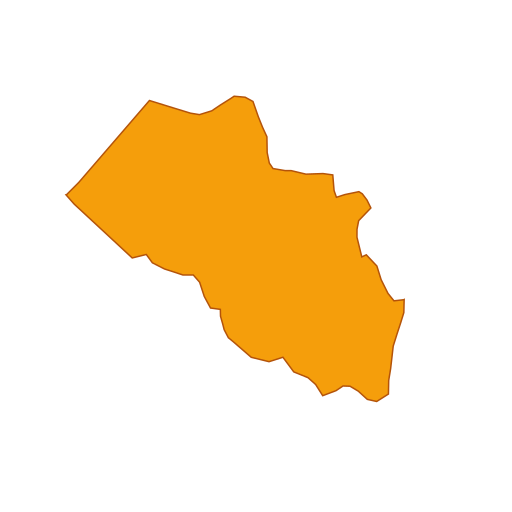 outline of Menogeia, Larnaca, Cyprus, rotated 326°
{"feature_id": "46923920B76142388843432", "entity_name": "Menogeia", "entity_type": "district", "adm_level": 2, "iso_a3": "CYP", "parent_name": "Cyprus", "parent_adm1": "Larnaca", "projection": "albers", "projection_center": [33.436, 34.845], "detail": "fine", "context": "isolated", "style": "filled", "palette": "amber", "viewbox_px": 512, "rotation_deg": 326, "n_neighbors": 0, "source": "geoboundaries", "source_scale": "gbopen_adm2", "svg_char_len": 1160}
<svg xmlns="http://www.w3.org/2000/svg" viewBox="0 0 512 512"><g transform="rotate(326 256 256)"><path d="M132.7,99.0L134.3,111.3L152.3,188.4L165.9,193.4L166.3,203.7L172.9,215.6L177.8,221.8L184.8,230.9L193.4,236.7L194.6,246.2L190.5,260.6L189.2,273.7L196.6,280.3L192.9,286.1L190.3,294.0L188.4,299.3L187.4,308.3L189.0,313.6L195.4,337.3L207.7,350.9L221.7,355.0L222.5,373.2L231.1,386.0L233.6,395.9L233.2,409.1L247.1,412.4L255.4,412.4L261.1,416.5L265.2,425.2L268.1,437.1L274.7,444.1L281.3,444.3L288.6,444.5L296.4,433.4L304.6,424.7L319.4,407.4L329.7,399.2L338.7,392.2L346.9,385.6L354.5,374.9L353.9,374.8L345.3,370.3L344.5,360.8L346.5,345.6L350.6,331.9L348.1,316.7L343.2,315.9L350.2,296.9L354.7,290.3L360.9,284.1L378.1,280.4L379.3,271.7L378.9,263.9L377.3,260.2L364.1,254.8L355.5,252.3L357.2,245.8L357.6,244.9L365.0,231.7L357.6,225.1L343.2,216.1L332.9,204.9L328.0,201.6L319.0,193.0L319.0,186.4L323.1,176.5L331.7,163.3L333.4,153.0L335.8,141.8L339.9,126.2L335.8,118.3L327.2,111.3L323.1,111.3L310.8,110.9L300.5,110.9L288.2,107.2L281.6,101.0L270.6,87.4L264.0,79.2L254.6,67.5L150.2,95.9L133.4,99.2L132.7,99.0Z" fill="#f59e0b" stroke="#b45309" stroke-width="1.5"/></g></svg>